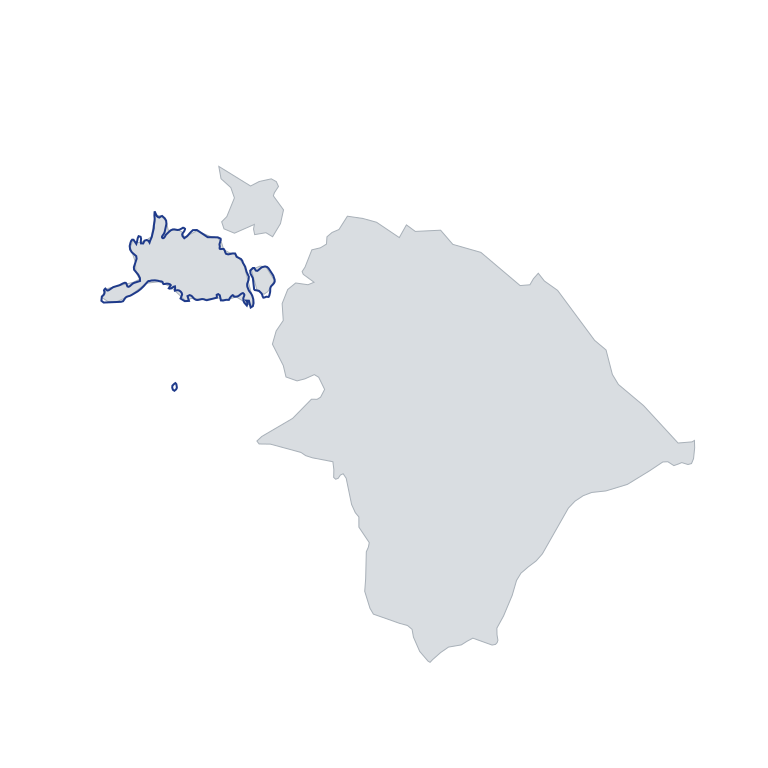 Estonia, with Saare highlighted, rotated 40°
{"feature_id": "EST-2352", "entity_name": "Saare", "entity_type": "Municipality", "adm_level": 1, "iso_a3": "EST", "parent_name": "Estonia", "parent_adm1": "", "projection": "mercator", "projection_center": [22.596, 58.233], "detail": "fine", "context": "in_parent", "style": "outline", "palette": "blue", "viewbox_px": 768, "rotation_deg": 40, "n_neighbors": 0, "source": "natural_earth", "source_scale": "10m", "svg_char_len": 5961}
<svg xmlns="http://www.w3.org/2000/svg" viewBox="0 0 768 768"><g transform="rotate(40 384 384)"><path d="M598.2,567.6L595.9,568.0L583.2,565.9L569.3,559.0L563.2,553.9L557.2,553.9L549.9,557.3L523.8,567.1L517.4,564.8L502.5,555.2L495.0,544.8L478.3,523.9L476.9,519.0L474.7,515.0L456.8,509.8L450.2,502.0L444.7,501.0L436.6,497.1L415.6,480.5L410.4,479.0L409.1,481.8L409.5,485.7L408.2,488.0L405.5,487.9L400.6,481.8L394.8,476.4L376.7,486.5L370.1,489.2L364.4,489.8L335.6,503.1L326.9,510.2L323.3,509.4L324.1,502.7L336.1,469.1L338.2,442.3L342.6,438.7L343.9,434.9L342.0,426.3L329.6,420.8L324.6,421.6L320.1,430.9L315.4,437.5L304.4,441.6L295.0,434.6L272.9,425.2L267.3,412.7L266.0,400.1L254.3,387.9L249.5,373.5L251.4,363.4L262.0,356.8L265.0,351.0L251.7,351.9L249.0,350.5L248.4,345.3L242.5,327.6L247.7,320.6L250.0,313.8L245.7,307.9L246.8,301.3L250.2,294.6L248.1,279.0L261.4,270.8L274.3,264.9L301.6,262.0L298.9,247.7L309.9,247.0L328.5,229.8L347.0,232.8L373.6,220.9L425.0,221.1L432.0,214.2L430.8,207.3L431.0,200.0L440.6,202.0L456.8,200.7L517.3,215.2L532.2,215.2L552.8,229.9L563.9,233.7L596.7,233.7L647.2,240.2L657.2,230.3L658.1,227.7L663.0,233.2L669.1,242.2L670.7,247.3L668.6,250.3L662.6,252.8L661.2,255.6L658.5,260.2L651.4,261.1L647.7,264.5L643.3,279.6L635.0,304.4L622.7,323.3L612.8,333.6L608.4,341.5L605.6,351.0L605.0,360.5L614.5,412.3L614.3,421.6L612.1,431.2L610.5,440.9L611.8,449.3L618.1,463.6L624.7,484.9L627.4,498.5L631.8,503.5L636.0,507.1L636.9,509.4L636.8,511.8L634.6,514.5L615.4,521.6L613.0,527.6L610.9,534.2L602.5,544.1L600.0,553.3L598.4,563.8L598.2,567.6ZM168.5,380.0L175.0,384.2L180.9,382.9L186.9,379.9L200.0,382.7L229.8,403.9L232.6,409.6L214.8,412.2L210.8,418.7L206.5,423.2L201.4,424.7L192.8,433.8L181.2,442.5L178.8,447.7L157.7,446.7L146.2,450.0L137.0,459.7L133.1,478.4L126.3,493.0L119.4,498.3L112.2,499.1L110.5,493.6L111.2,488.1L126.4,467.5L129.5,460.8L122.0,457.8L115.6,450.7L101.8,442.2L99.3,435.4L102.6,434.9L105.7,433.0L109.3,427.3L111.1,420.7L100.0,401.6L105.7,398.6L112.7,399.3L119.9,404.9L127.8,398.3L131.2,397.4L136.7,399.7L142.3,387.0L155.6,382.8L162.1,378.9L168.5,380.0ZM196.3,344.0L188.9,352.7L184.5,349.2L182.1,345.1L172.5,364.6L161.7,368.0L155.4,364.1L156.0,356.8L149.8,337.6L140.4,332.0L127.2,331.5L117.6,323.5L154.5,318.1L158.3,309.0L165.8,299.3L171.4,298.2L176.2,300.5L177.1,308.0L178.3,311.0L195.1,315.2L201.6,327.7L204.0,342.8L196.3,344.0ZM234.4,392.3L226.9,394.1L209.0,381.8L213.2,373.4L218.3,370.1L233.5,375.2L235.6,387.9L234.4,392.3Z" fill="#d9dde1" stroke="#a8b0b8" stroke-width="1"/><path d="M224.2,400.2L226.4,401.1L229.4,403.1L232.1,405.9L233.5,408.7L232.7,411.1L227.0,407.0L224.8,408.7L226.0,409.0L227.0,409.5L227.9,410.5L228.5,412.1L224.6,411.5L222.8,410.5L221.0,408.7L220.7,407.8L220.3,406.6L219.8,405.5L218.9,405.0L217.5,405.0L217.3,405.3L216.8,406.3L216.6,406.9L216.1,409.4L215.8,410.4L215.1,411.6L214.5,412.2L213.1,413.4L212.5,413.3L211.7,413.0L210.9,413.3L210.6,415.2L210.6,416.3L210.7,417.4L210.9,418.4L211.1,419.3L209.0,420.9L207.1,423.4L205.3,424.8L201.2,421.6L199.2,421.7L198.5,423.2L200.5,425.3L194.4,433.7L193.0,434.4L191.5,434.9L190.0,435.9L187.4,439.3L186.1,440.3L184.1,440.7L179.9,440.2L178.0,440.8L177.0,443.0L181.2,445.7L178.1,448.6L173.2,449.3L171.9,445.3L170.6,444.3L168.9,443.9L167.2,444.0L165.7,444.7L164.3,446.2L163.8,446.9L163.4,446.5L162.3,444.7L161.1,443.6L160.3,444.8L159.5,447.7L158.8,448.3L158.5,448.7L158.3,448.9L157.6,449.0L157.6,448.4L157.1,445.8L157.1,445.3L155.8,445.2L154.2,445.9L152.7,447.1L151.7,448.4L150.8,449.2L149.7,448.8L148.7,448.2L147.7,448.4L147.0,448.9L145.3,449.9L144.6,450.1L141.9,451.8L139.3,454.2L138.1,456.0L137.4,456.5L137.2,457.4L137.0,463.8L136.6,467.6L135.8,471.3L133.3,478.4L132.6,479.9L131.6,481.3L130.7,482.8L130.5,484.5L130.9,488.3L129.7,490.1L116.9,501.8L114.0,501.9L111.6,498.3L112.0,496.3L111.7,494.5L110.8,493.0L109.5,492.5L109.3,492.2L109.1,491.5L109.1,490.7L109.2,490.0L111.6,490.3L112.3,490.0L112.9,488.9L113.9,485.2L114.4,483.7L117.9,478.3L119.4,474.7L120.3,473.1L121.2,472.5L122.6,472.9L123.7,473.7L124.8,474.2L125.9,473.7L126.4,472.5L126.9,468.9L127.5,467.3L130.9,461.9L128.9,459.7L125.4,458.2L119.1,457.1L117.3,455.3L114.0,447.1L112.0,445.3L106.1,445.2L103.1,444.2L100.5,441.8L99.0,438.8L98.3,436.8L98.3,435.3L99.4,434.5L104.2,435.9L103.1,433.3L101.6,430.6L101.0,428.5L102.9,427.7L104.6,428.9L106.0,431.1L107.5,432.5L109.2,431.1L108.4,428.1L109.6,426.3L111.6,425.7L113.5,426.4L112.7,424.4L111.6,420.7L107.6,412.8L105.7,410.3L103.5,406.6L102.3,405.0L99.8,402.5L97.3,399.2L102.1,401.4L103.6,401.4L104.9,400.9L105.1,400.3L105.2,399.4L106.0,397.9L109.5,398.0L112.1,398.9L114.4,401.2L118.3,408.6L118.8,410.4L119.0,412.7L119.2,413.8L119.6,414.3L120.1,414.5L120.6,414.6L121.4,413.9L121.5,412.4L121.0,409.8L121.5,405.3L121.9,403.3L122.8,401.4L124.0,400.3L126.9,398.7L128.1,397.3L129.1,394.9L129.5,393.6L130.2,393.1L131.8,393.0L132.1,393.4L132.4,394.3L132.7,395.3L132.8,396.1L132.9,398.2L133.3,399.2L134.6,400.2L137.3,400.7L138.2,397.3L138.3,392.5L138.7,389.0L141.7,386.3L154.5,384.9L162.4,378.5L165.4,377.7L166.4,378.6L168.1,382.7L169.1,383.6L169.7,384.0L170.7,385.6L171.3,386.0L172.2,385.6L173.8,384.0L174.4,383.6L176.3,384.2L177.8,385.2L179.3,385.8L181.3,384.9L184.3,381.1L186.1,379.7L189.3,381.3L194.2,380.2L196.2,380.7L198.2,381.9L202.3,383.4L206.6,386.4L211.5,388.7L213.4,391.4L214.7,395.0L215.4,396.0L216.7,397.3L220.4,399.3L224.2,400.2ZM237.9,387.2L239.3,390.0L239.6,391.5L237.7,392.8L237.0,394.3L236.1,395.4L234.7,394.9L233.3,393.9L231.7,393.3L228.5,393.0L227.3,393.5L224.6,395.1L223.6,394.9L215.5,387.2L210.8,385.3L208.6,383.1L209.0,379.4L210.1,378.5L212.9,379.5L214.2,378.8L214.5,377.8L215.1,374.2L215.5,372.9L217.3,370.4L219.2,369.5L221.2,369.6L229.4,372.1L233.2,374.4L234.5,375.9L234.9,377.6L234.9,379.3L234.7,381.0L234.8,382.4L235.5,384.0L237.2,386.1L237.9,387.2ZM226.9,519.2L227.8,520.1L228.2,521.7L227.8,523.9L226.0,524.1L224.1,522.9L223.0,521.3L223.1,519.8L223.3,518.4L223.6,517.4L225.0,517.6L226.9,519.2Z" fill="none" stroke="#1e3a8a" stroke-width="2"/></g></svg>